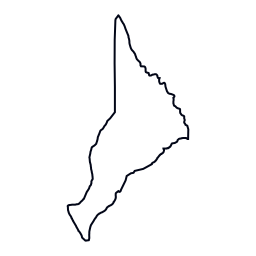 the district of Alajuelita, San José, Costa Rica
{"feature_id": "36466004B46063821008241", "entity_name": "Alajuelita", "entity_type": "district", "adm_level": 2, "iso_a3": "CRI", "parent_name": "Costa Rica", "parent_adm1": "San José", "projection": "equal_earth", "projection_center": [-84.116, 9.889], "detail": "fine", "context": "isolated", "style": "outline", "palette": "ink", "viewbox_px": 256, "rotation_deg": 0, "n_neighbors": 0, "source": "geoboundaries", "source_scale": "gbopen_adm2", "svg_char_len": 5607}
<svg xmlns="http://www.w3.org/2000/svg" viewBox="0 0 256 256"><path d="M115.8,18.7L115.4,20.1L114.7,39.8L114.6,63.3L114.9,87.2L114.9,112.2L110.1,118.4L107.3,121.0L106.8,122.5L105.9,124.3L105.7,124.5L105.4,125.1L104.6,125.8L103.2,128.2L102.7,128.9L102.4,129.2L101.4,129.8L100.4,130.7L98.9,134.7L98.6,135.2L98.6,135.4L98.4,135.9L98.0,136.7L97.8,137.4L97.6,139.1L97.5,139.3L97.3,140.4L97.1,140.7L97.1,141.1L96.8,141.9L96.3,143.4L96.3,143.5L96.2,143.8L94.8,145.2L94.6,145.3L93.6,146.1L93.1,146.3L92.2,147.1L91.9,147.2L91.6,147.9L91.2,149.7L90.5,151.8L90.3,153.4L89.4,157.4L89.6,158.4L89.9,161.8L90.0,162.2L90.0,162.5L90.3,163.2L90.4,163.9L90.7,164.9L90.8,166.4L91.0,167.3L91.1,169.0L91.2,169.5L91.4,170.0L91.6,171.0L91.8,171.9L91.8,172.3L92.2,173.8L92.4,175.1L92.4,175.7L92.6,177.0L92.6,177.8L92.7,178.8L92.5,179.5L91.9,180.2L91.4,181.4L91.4,183.3L91.2,183.6L91.1,184.3L90.8,185.1L90.4,185.6L89.8,186.2L89.5,187.0L89.1,188.3L88.7,189.1L88.5,189.3L87.8,190.5L87.5,190.9L87.4,191.1L87.1,191.4L87.0,191.7L86.8,191.9L83.9,198.8L83.7,198.8L83.3,199.2L82.9,199.8L82.3,200.5L80.8,201.8L79.8,203.0L79.5,203.2L78.9,203.8L78.7,203.8L78.0,204.2L76.3,204.3L75.8,204.6L75.3,204.6L74.9,204.7L71.9,204.7L70.9,204.9L69.5,205.0L69.3,205.2L68.6,205.2L68.4,205.4L68.1,205.5L67.8,205.8L67.7,206.2L67.9,207.2L68.0,210.0L68.4,211.3L68.5,211.8L68.7,212.2L68.7,212.6L69.7,214.7L70.6,215.9L71.2,217.0L71.4,217.3L71.4,217.8L71.8,218.5L72.0,218.6L72.0,218.8L72.7,220.1L72.9,220.7L73.1,220.8L73.1,221.0L73.8,222.2L74.0,222.5L74.3,223.0L74.5,223.4L75.2,224.5L75.5,225.1L75.9,225.6L76.3,226.7L76.5,226.9L76.7,227.5L77.1,228.0L78.4,230.5L78.4,230.8L78.7,231.0L79.4,231.8L79.5,231.9L79.8,232.4L79.9,232.5L80.1,232.9L80.4,233.2L81.0,234.4L81.2,234.6L81.3,235.0L81.5,235.3L81.6,235.7L81.8,236.0L81.9,236.7L82.0,237.1L82.1,237.3L82.1,237.5L82.3,237.8L85.4,240.6L86.2,240.6L86.3,240.5L87.5,240.4L88.3,240.3L88.8,240.2L88.9,239.7L89.0,239.6L89.3,238.0L89.2,234.5L89.3,234.0L89.3,232.4L89.4,231.2L90.3,227.1L90.9,225.2L93.7,220.8L93.9,220.4L94.6,219.2L95.2,218.4L95.4,218.0L95.8,217.7L96.8,215.9L97.3,215.4L97.5,215.0L97.9,214.6L98.7,214.1L99.2,213.6L99.4,213.6L99.8,213.3L100.2,213.2L100.6,212.9L101.3,212.5L101.9,212.4L104.5,210.9L105.6,209.9L106.1,209.3L106.1,209.1L106.5,208.5L106.6,208.4L106.7,208.0L106.8,207.9L107.1,207.4L107.4,207.2L108.3,206.5L108.7,206.2L108.9,206.2L109.0,206.0L110.9,205.2L111.5,204.7L111.8,204.6L112.4,204.1L113.0,203.4L113.7,202.2L113.7,201.9L113.9,201.8L114.6,200.7L115.3,199.4L115.7,198.1L115.7,197.9L115.8,197.8L115.8,196.1L115.7,195.9L115.7,194.0L115.8,193.3L116.2,192.8L118.2,191.2L118.5,191.1L118.8,191.6L119.3,191.9L119.7,191.9L120.4,191.3L120.8,190.7L120.9,190.0L125.6,180.4L126.7,176.0L130.9,173.3L133.5,172.8L134.7,170.9L143.2,168.9L151.8,164.2L151.7,163.8L152.0,163.3L152.5,162.9L153.3,162.4L153.8,162.3L154.3,161.9L154.6,161.8L154.8,161.5L155.2,161.2L155.5,160.7L155.8,160.4L156.0,160.4L156.1,160.2L156.4,159.8L156.5,159.6L156.6,159.3L157.2,158.7L157.3,158.0L157.7,157.6L158.0,157.4L158.1,157.2L158.3,157.0L158.5,156.6L159.0,156.1L159.2,155.7L159.5,155.5L159.7,155.1L160.1,154.9L160.1,154.7L160.7,154.2L161.2,154.0L161.4,154.0L161.6,153.6L162.3,153.4L163.0,152.8L163.4,152.3L163.5,152.2L163.6,151.7L164.0,150.7L164.0,149.7L163.7,149.1L163.4,148.8L163.4,148.5L166.8,148.5L167.1,148.4L167.2,148.2L168.2,148.2L168.3,148.1L168.3,147.9L168.7,147.8L168.7,147.6L169.4,147.2L169.7,146.9L170.0,146.9L170.4,146.5L170.5,146.1L170.8,145.7L171.1,145.2L171.3,144.4L172.0,143.6L172.1,143.4L174.7,143.0L175.0,142.8L175.4,142.7L175.6,142.5L176.8,141.9L177.2,141.4L177.4,141.0L177.5,140.4L177.7,140.0L177.9,139.8L178.2,139.6L178.8,139.0L179.4,138.7L180.0,138.7L181.0,138.4L181.4,138.4L181.9,138.1L182.6,138.1L182.9,138.0L185.8,138.0L186.3,138.1L186.5,138.4L187.0,138.6L187.3,138.8L187.6,138.8L187.7,139.0L188.1,139.0L188.3,129.3L187.3,125.7L185.5,124.8L185.4,124.3L184.7,123.3L184.3,122.8L184.2,122.6L184.3,121.4L184.7,120.3L184.7,119.8L184.2,118.4L184.2,116.4L183.9,116.0L183.4,115.7L182.2,115.3L181.5,114.8L181.0,114.1L180.9,113.8L180.3,113.1L180.1,112.0L180.1,109.7L179.9,109.0L179.3,108.7L178.0,108.4L177.7,108.1L177.0,107.9L176.6,107.6L175.9,106.9L175.4,106.3L175.1,106.1L174.4,105.9L174.1,105.6L173.8,104.9L173.7,104.2L173.4,103.5L173.4,101.3L173.6,100.2L173.6,98.6L173.3,97.9L174.4,96.6L174.3,95.7L174.1,95.4L173.7,95.0L171.4,94.1L170.7,93.9L170.2,93.9L169.3,93.7L168.0,92.9L167.6,92.3L167.5,91.9L167.0,91.3L166.3,89.2L165.5,86.7L165.2,84.1L164.7,83.1L164.3,82.8L163.5,82.9L162.4,83.7L161.9,83.8L160.2,83.8L160.1,83.7L159.9,83.4L159.7,83.0L159.5,82.5L159.2,81.6L159.1,79.6L159.6,78.1L158.0,77.9L157.6,77.1L157.5,76.8L157.4,76.5L157.4,75.9L157.3,75.5L156.7,74.7L156.3,74.4L155.9,74.2L154.8,74.2L153.3,74.6L152.6,74.6L151.0,75.5L149.4,75.5L149.2,75.3L149.1,75.0L149.0,74.5L148.9,74.3L148.8,73.6L148.6,73.0L148.3,72.9L147.9,72.9L147.6,72.7L146.6,72.5L145.9,72.1L145.9,71.9L145.6,71.3L145.6,68.7L145.3,67.6L145.1,67.1L144.8,66.8L144.4,66.5L143.5,66.4L141.0,66.3L140.5,65.4L140.5,63.7L140.4,63.6L140.4,63.3L140.0,62.4L139.8,62.2L139.5,61.7L138.5,60.9L136.9,59.2L136.4,58.2L136.2,57.4L136.0,57.0L136.0,56.7L135.6,55.8L135.5,55.6L135.1,54.2L134.7,53.4L134.0,52.6L133.8,52.1L133.6,51.8L131.9,50.0L131.8,49.8L131.7,49.7L131.1,48.7L130.6,47.4L129.6,44.0L129.4,42.7L129.4,41.7L129.3,40.5L129.0,38.9L128.5,37.3L128.4,35.9L125.5,28.8L124.7,26.4L123.7,24.1L122.9,23.1L122.5,22.2L121.9,21.5L121.7,20.9L121.5,20.7L121.4,20.4L121.0,19.8L120.7,19.0L120.1,17.7L118.8,16.0L118.7,15.7L118.4,15.4L118.2,15.5L117.8,16.1L117.5,16.7L117.3,16.8L117.1,17.1L116.4,18.0L116.1,18.4L115.8,18.7Z" fill="none" stroke="#020617" stroke-width="2"/></svg>